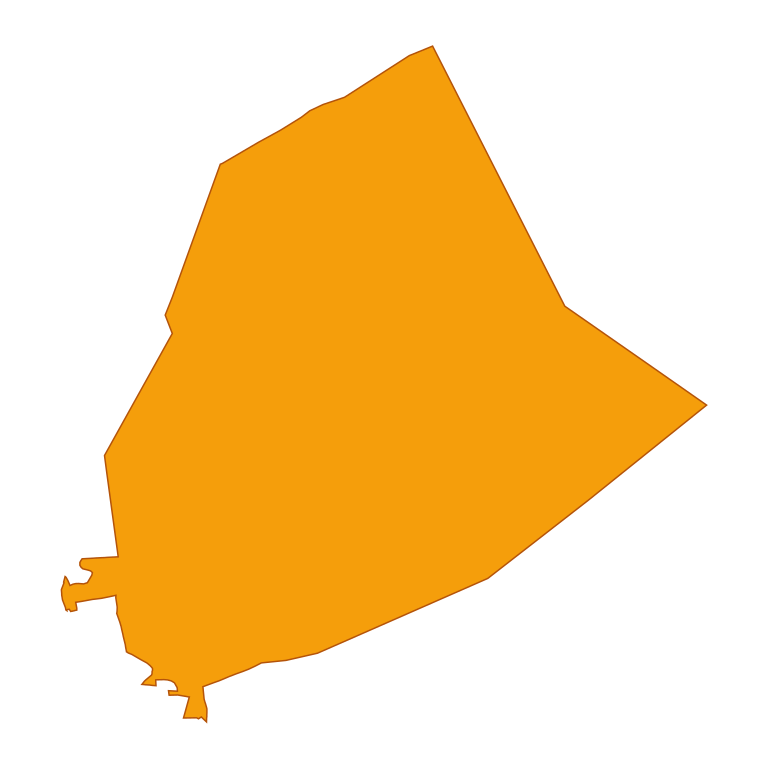 San Juan Bautista Guelache, Oaxaca, Mexico (Natural Earth projection)
{"feature_id": "50627088B98524938621349", "entity_name": "San Juan Bautista Guelache", "entity_type": "district", "adm_level": 2, "iso_a3": "MEX", "parent_name": "Mexico", "parent_adm1": "Oaxaca", "projection": "natural_earth1", "projection_center": [-96.79, 17.24], "detail": "fine", "context": "isolated", "style": "filled", "palette": "amber", "viewbox_px": 768, "rotation_deg": 0, "n_neighbors": 0, "source": "geoboundaries", "source_scale": "gbopen_adm2", "svg_char_len": 2432}
<svg xmlns="http://www.w3.org/2000/svg" viewBox="0 0 768 768"><path d="M432.6,46.1L409.3,55.6L344.5,97.3L323.1,104.5L309.9,110.7L301.3,117.3L280.3,130.3L258.6,142.2L222.4,163.4L220.3,164.2L172.4,297.0L165.2,315.1L172.3,333.5L104.5,455.5L106.8,473.0L109.5,492.8L112.1,512.0L114.2,527.4L118.2,556.8L114.9,557.0L112.3,557.1L106.7,557.4L104.4,557.6L101.4,557.7L98.0,557.9L95.7,558.0L93.2,558.2L82.1,558.8L80.9,560.6L79.9,562.4L79.9,565.3L81.1,567.3L82.8,568.8L84.4,569.2L86.5,569.7L88.4,570.2L90.6,570.9L92.4,572.6L91.8,575.2L87.4,582.7L83.6,583.9L78.6,583.5L75.6,583.6L72.9,584.2L70.0,585.5L68.0,580.8L66.1,577.4L65.4,576.7L65.1,576.5L63.6,582.2L64.0,582.7L63.8,583.3L63.2,584.9L61.5,589.3L61.4,590.0L61.6,592.4L61.7,593.8L61.7,595.1L62.1,597.3L62.2,598.0L62.5,599.9L65.5,607.7L65.7,609.1L65.9,610.0L66.8,610.6L66.6,609.8L67.6,609.5L69.3,609.3L70.7,611.5L71.5,611.3L72.2,611.2L72.6,611.1L73.5,610.9L74.0,610.8L74.7,610.6L74.9,610.5L76.8,610.1L76.8,608.8L76.8,608.2L75.7,602.3L81.6,601.4L87.6,600.3L92.5,599.4L96.0,599.0L101.6,598.3L109.5,596.7L115.9,595.3L115.8,597.8L117.1,606.3L117.2,607.6L117.1,610.1L117.1,610.5L116.9,612.6L116.7,613.4L117.2,614.7L119.1,620.1L119.3,620.7L119.6,621.5L119.8,622.1L120.2,623.4L120.8,625.5L121.1,626.4L121.7,629.4L121.9,630.2L122.8,634.0L123.3,636.5L125.3,644.7L125.6,647.0L126.1,649.6L126.5,651.9L127.4,652.2L127.8,652.7L128.6,653.1L131.8,654.4L136.8,657.3L140.4,659.4L146.8,662.9L150.1,665.6L152.0,667.7L152.5,668.5L152.5,670.5L152.1,671.3L152.0,673.9L151.5,675.1L149.0,677.2L145.9,679.8L144.4,681.2L141.9,684.4L144.3,684.6L145.5,684.8L146.3,684.8L149.1,685.0L149.4,685.0L152.2,685.4L156.0,685.7L155.8,682.2L155.7,679.9L156.2,679.8L161.8,679.7L163.7,679.6L167.5,679.9L171.3,680.9L174.1,682.6L174.5,682.9L177.2,687.7L177.4,691.2L175.7,691.1L168.5,690.7L169.1,695.2L177.7,695.0L185.9,696.4L187.5,696.7L189.0,697.0L189.3,697.0L184.7,713.7L184.5,714.4L183.5,718.0L196.6,717.8L198.5,718.8L201.3,717.0L206.5,721.9L206.6,718.3L206.6,717.6L206.8,717.0L206.8,714.7L206.9,712.4L206.9,710.6L206.9,708.9L206.5,707.2L206.0,705.5L205.5,703.7L204.9,702.0L204.1,699.1L203.9,697.0L203.7,694.9L203.5,692.9L203.3,690.9L203.1,688.7L202.9,686.7L213.7,682.7L218.8,680.9L223.9,678.8L229.7,676.3L230.9,675.9L235.7,674.0L242.7,671.5L248.6,669.2L255.0,666.2L261.4,662.9L286.0,660.4L317.5,653.2L487.8,578.4L588.2,500.3L706.6,405.1L652.8,367.5L564.8,306.2L432.6,46.1Z" fill="#f59e0b" stroke="#b45309" stroke-width="1.5"/></svg>